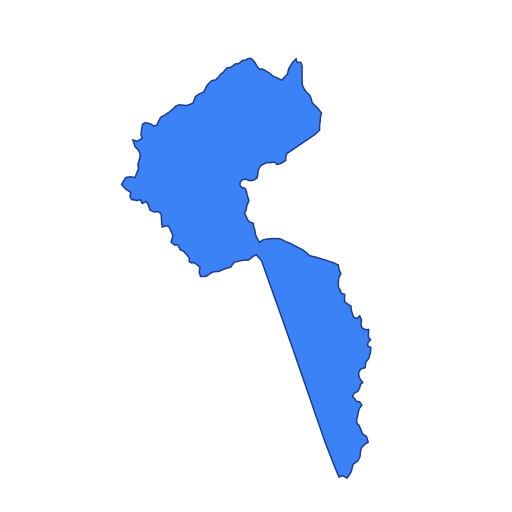 the district of Mairipotaba, Goiás, Brazil, rotated 11°
{"feature_id": "56859067B33960299529062", "entity_name": "Mairipotaba", "entity_type": "district", "adm_level": 2, "iso_a3": "BRA", "parent_name": "Brazil", "parent_adm1": "Goiás", "projection": "equal_earth", "projection_center": [-49.457, -17.326], "detail": "fine", "context": "isolated", "style": "filled", "palette": "blue", "viewbox_px": 512, "rotation_deg": 11, "n_neighbors": 0, "source": "geoboundaries", "source_scale": "gbopen_adm2", "svg_char_len": 3247}
<svg xmlns="http://www.w3.org/2000/svg" viewBox="0 0 512 512"><g transform="rotate(11 256 256)"><path d="M121.1,222.0L123.3,224.4L125.7,224.1L128.2,224.4L131.5,222.8L134.4,226.1L137.7,223.5L139.9,225.6L143.3,231.2L147.4,232.2L151.6,231.1L154.9,232.8L155.9,236.7L157.0,241.5L158.6,245.5L161.2,243.8L164.4,243.3L166.6,246.1L168.9,249.4L170.6,251.7L170.0,258.5L173.9,260.7L177.3,260.2L180.5,264.4L183.8,265.1L187.8,267.9L190.7,270.4L191.7,274.4L194.0,275.1L196.3,274.4L199.8,275.8L203.2,277.9L203.3,282.7L205.5,286.7L211.0,285.5L214.6,281.6L217.3,279.6L222.6,278.2L224.8,276.5L229.3,273.7L233.3,271.8L235.7,266.4L241.3,263.7L244.5,262.5L249.5,261.4L253.3,256.8L256.0,254.8L262.2,259.4L295.7,316.0L309.5,339.5L358.5,424.1L360.2,426.9L361.7,429.3L374.1,448.9L379.7,457.2L382.4,455.1L387.8,456.6L390.2,451.0L390.8,447.7L391.0,442.1L395.2,437.3L396.4,432.6L395.9,428.4L396.1,423.9L399.3,419.5L401.7,417.4L398.8,412.0L394.6,410.4L391.9,406.2L389.7,402.8L386.8,400.8L386.1,397.4L386.4,386.2L388.4,382.3L385.5,379.3L382.2,379.5L380.3,377.4L377.5,375.6L378.5,371.9L381.7,369.6L382.9,365.8L383.0,362.2L385.0,359.9L382.2,357.4L380.4,355.4L379.0,351.1L380.2,347.1L384.6,344.7L383.9,339.7L386.2,335.0L386.8,329.0L386.2,323.9L382.7,322.9L382.5,319.3L384.5,316.5L381.8,314.2L380.6,306.6L377.5,307.5L373.6,306.1L372.1,303.1L371.8,298.6L369.2,295.0L367.0,298.0L363.4,297.4L359.7,290.7L358.8,287.2L355.9,286.0L351.9,284.1L350.9,280.6L350.4,276.7L346.6,276.4L345.4,273.7L342.8,270.8L341.8,266.0L341.4,261.2L342.7,257.1L340.0,253.3L338.5,249.1L332.9,247.8L326.0,246.9L315.0,245.7L308.2,245.5L305.8,243.6L301.3,241.3L294.0,239.1L287.0,237.0L283.1,236.4L278.8,235.1L275.6,234.5L268.4,235.8L262.4,237.7L259.4,239.1L257.0,241.9L253.2,237.9L250.9,234.1L250.1,231.1L248.4,228.1L247.0,224.3L244.0,224.0L241.3,222.5L238.6,218.8L236.6,216.1L237.6,212.4L237.4,208.6L238.4,203.0L235.6,197.6L234.2,194.3L232.4,191.7L229.3,191.5L226.9,189.9L226.3,186.6L228.2,183.7L231.1,182.5L235.0,183.3L238.9,182.3L242.2,179.2L242.2,176.0L241.8,171.2L243.2,166.7L246.5,163.8L249.5,162.1L252.2,161.7L254.7,160.7L257.2,160.5L259.2,162.2L263.2,160.2L266.9,156.5L266.4,153.0L266.6,149.8L268.8,147.5L290.8,125.3L294.4,120.1L293.5,115.6L293.3,111.5L292.7,107.1L293.1,103.3L290.5,100.9L286.5,97.8L284.3,96.7L281.6,94.3L280.1,91.0L278.3,88.1L274.1,85.5L271.3,82.7L269.0,79.5L267.9,75.5L267.0,71.2L265.0,60.7L263.1,57.4L259.1,57.9L257.7,54.8L254.9,59.1L253.6,62.7L252.4,66.0L252.1,71.5L247.7,78.5L242.2,77.0L239.3,76.6L234.3,73.9L229.4,72.1L226.2,71.1L223.9,72.1L221.4,70.3L218.7,67.1L215.9,64.3L213.1,63.0L210.6,63.7L208.1,65.9L205.4,66.6L202.1,70.6L199.0,71.4L195.5,75.4L191.4,77.0L188.7,82.0L186.5,84.5L184.9,87.8L182.7,90.9L179.3,92.1L177.0,95.2L175.3,98.1L173.3,105.0L168.9,108.2L166.1,111.1L165.0,117.7L161.7,120.2L158.8,121.6L151.9,122.2L148.6,124.1L145.9,128.3L143.2,131.4L139.5,135.1L136.0,138.0L135.0,141.2L133.7,146.3L131.2,148.0L127.1,146.4L121.8,146.3L119.5,148.2L119.5,153.4L120.0,159.0L121.9,162.2L119.8,164.0L117.5,166.0L113.0,165.6L114.7,168.6L116.5,171.8L119.8,174.0L122.8,177.7L123.2,181.6L122.9,185.4L122.6,188.9L124.0,192.7L123.0,197.7L122.4,201.9L117.5,202.2L113.2,203.8L110.3,211.4L115.3,215.2L120.8,217.5L121.1,222.0Z" fill="#3b82f6" stroke="#1e3a8a" stroke-width="1.5"/></g></svg>